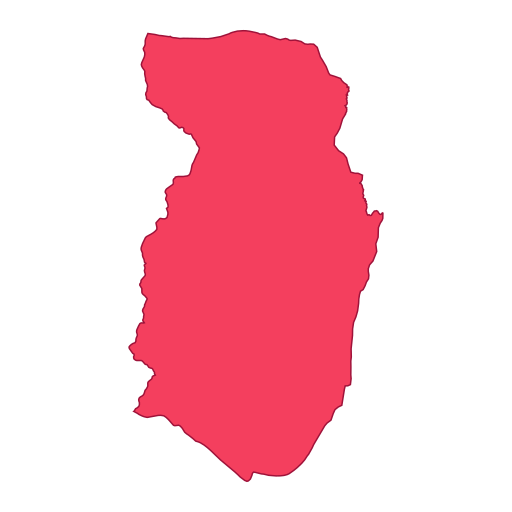 Phiang, Xaignabouri, Laos (Natural Earth projection)
{"feature_id": "54806243B59484994865641", "entity_name": "Phiang", "entity_type": "district", "adm_level": 2, "iso_a3": "LAO", "parent_name": "Laos", "parent_adm1": "Xaignabouri", "projection": "natural_earth1", "projection_center": [101.454, 18.877], "detail": "fine", "context": "isolated", "style": "filled", "palette": "rose", "viewbox_px": 512, "rotation_deg": 0, "n_neighbors": 0, "source": "geoboundaries", "source_scale": "gbopen_adm2", "svg_char_len": 6030}
<svg xmlns="http://www.w3.org/2000/svg" viewBox="0 0 512 512"><path d="M382.9,213.1L382.5,212.9L382.1,213.1L381.8,213.7L380.9,214.4L379.9,214.3L378.8,213.2L377.7,211.3L376.6,210.7L376.3,210.9L374.6,211.0L374.2,211.2L373.6,212.1L372.5,213.3L371.4,215.3L370.5,215.5L369.9,215.4L369.1,214.7L368.6,214.8L367.9,215.2L367.7,215.1L366.9,213.7L366.3,211.4L365.9,210.8L366.9,207.4L366.8,206.7L366.5,205.1L366.8,204.4L366.7,204.0L366.1,203.4L365.9,202.7L365.9,201.9L366.2,201.5L366.1,201.2L365.8,201.0L365.1,201.0L364.8,200.8L365.3,199.8L365.3,199.2L365.0,198.8L363.8,198.4L363.3,198.0L363.2,197.6L363.2,196.9L363.7,195.5L363.5,194.9L363.1,194.4L363.0,193.8L362.8,193.4L363.3,191.2L363.2,190.4L363.6,189.9L363.1,189.1L362.3,186.9L362.3,186.0L362.0,185.3L360.8,183.4L359.8,183.3L359.8,182.8L360.5,182.3L361.0,181.7L362.0,180.0L362.2,179.3L362.4,175.9L362.5,175.2L358.1,173.3L355.1,173.3L350.8,172.2L348.0,163.8L346.5,157.8L343.5,153.9L338.6,150.7L334.2,145.1L334.6,136.9L337.2,133.2L339.8,128.3L342.6,118.9L345.7,113.8L345.5,113.3L346.6,111.5L346.6,110.3L346.8,109.8L346.6,108.6L346.7,107.7L345.8,107.5L345.9,106.7L345.0,105.7L346.3,105.0L346.9,104.2L347.2,103.0L347.2,102.6L346.9,101.9L347.0,100.6L346.5,99.4L346.7,98.9L346.4,98.7L346.6,98.1L347.0,97.8L346.7,96.8L346.4,95.0L347.5,95.1L347.1,93.2L347.6,92.8L348.1,91.6L349.0,91.1L349.0,90.8L348.6,89.9L348.6,89.3L348.8,88.3L348.8,87.1L348.4,87.0L347.2,87.4L347.0,87.1L347.4,86.6L347.5,86.2L347.0,85.7L346.9,84.8L343.8,82.7L341.7,80.5L340.6,78.5L334.8,76.4L330.0,74.9L328.7,73.1L326.2,66.7L322.8,60.8L320.4,57.0L317.2,47.3L313.7,44.2L310.2,44.0L307.8,44.3L304.8,43.9L301.1,41.5L295.2,40.1L290.8,40.4L289.4,40.2L287.7,39.1L285.5,38.5L280.3,39.7L277.7,39.1L271.4,36.7L269.1,36.1L267.1,35.3L264.6,34.0L259.7,34.0L257.9,33.1L255.6,32.5L249.3,31.2L246.2,30.8L243.2,30.7L237.4,31.1L232.6,32.3L230.8,32.9L229.1,33.8L220.7,36.6L212.1,38.2L208.0,38.7L183.6,38.3L179.9,38.5L176.0,37.9L173.4,37.7L171.4,37.2L170.3,36.4L169.0,36.7L161.2,35.6L159.3,35.5L155.0,34.5L147.9,33.5L145.6,38.9L145.2,40.8L145.2,44.2L144.6,46.1L143.3,48.4L143.5,49.8L144.7,52.3L144.8,54.6L144.3,57.0L141.8,62.6L141.3,64.6L141.7,66.1L142.6,67.9L144.3,70.2L144.8,71.4L144.7,73.7L145.1,76.2L145.6,78.3L145.6,80.5L147.3,84.4L147.6,86.4L147.2,88.0L146.9,91.1L145.9,92.9L145.7,94.6L146.4,96.7L146.5,98.6L147.1,99.6L148.8,100.2L150.4,102.5L152.2,104.6L155.8,106.6L159.8,107.9L162.2,109.0L163.0,110.1L163.2,110.9L164.7,112.1L166.3,112.6L167.8,114.7L168.5,116.3L168.3,117.2L168.4,118.2L169.6,119.8L172.1,121.8L174.2,123.8L177.1,125.9L178.8,127.8L179.8,128.0L181.5,127.3L183.0,127.6L183.9,128.6L183.8,130.4L184.1,131.4L185.9,133.0L189.2,134.2L190.6,133.9L191.4,134.3L193.0,137.8L196.1,141.6L196.6,144.0L199.4,147.9L199.1,149.6L198.1,152.7L196.7,154.9L193.6,162.2L192.5,164.0L192.0,165.4L191.1,170.3L190.0,173.7L189.1,175.0L187.5,175.9L183.2,176.5L178.1,176.5L176.4,176.8L175.3,177.1L174.8,178.2L173.8,178.9L173.4,179.6L173.2,180.6L173.4,182.5L173.2,183.7L172.9,184.4L168.6,187.4L166.6,188.9L166.0,189.6L165.3,191.1L165.2,192.0L165.3,192.5L166.5,194.4L166.7,195.3L166.5,196.5L165.9,197.9L165.7,198.9L165.8,199.8L167.0,201.6L168.0,204.9L168.1,206.6L167.9,207.3L166.5,208.4L167.9,212.3L167.9,214.2L167.0,217.5L165.5,218.6L164.3,218.9L162.6,218.8L160.5,218.4L159.8,218.6L156.1,222.7L156.0,223.1L156.9,227.5L156.8,229.4L155.3,231.1L153.5,232.6L151.0,234.2L146.5,236.6L145.4,237.7L142.6,243.5L141.3,247.2L141.1,248.5L141.2,249.9L142.5,253.1L142.5,255.2L142.9,256.9L144.1,259.6L144.5,262.1L144.8,262.6L145.7,263.1L145.9,263.5L144.3,265.0L144.3,265.7L144.9,267.1L145.0,268.2L144.4,270.4L144.6,271.9L145.2,273.7L145.3,275.0L145.1,275.6L141.6,279.6L141.1,280.4L140.8,282.6L139.8,284.1L139.8,285.2L141.8,288.5L141.9,292.4L142.3,293.5L143.2,294.5L144.9,295.9L146.7,298.0L147.1,298.6L147.1,299.2L146.0,301.4L145.2,303.6L144.6,304.7L144.5,306.5L143.0,309.0L142.6,310.3L142.6,311.1L143.8,313.9L144.0,314.7L143.6,316.5L143.6,317.6L143.4,318.6L143.0,319.4L142.8,320.0L142.9,320.8L144.3,322.8L143.7,323.0L141.4,322.9L140.7,323.1L139.9,323.6L138.6,325.9L136.9,329.7L136.6,330.9L136.6,332.1L137.3,334.4L137.3,335.7L136.2,338.2L135.9,339.8L135.9,341.1L135.1,342.7L132.9,343.5L131.3,344.5L129.8,345.9L129.1,346.9L129.1,347.8L129.5,348.8L132.7,353.3L134.0,354.1L134.2,355.3L133.6,356.7L133.7,358.1L134.2,359.2L135.7,360.2L136.7,360.5L141.2,360.5L142.4,361.1L145.1,364.2L145.9,364.5L146.9,364.6L147.7,365.6L148.8,367.3L150.4,368.0L152.0,368.4L152.7,369.1L153.5,370.9L154.1,371.6L154.5,372.4L154.5,373.7L155.3,375.1L153.0,376.0L152.2,376.9L152.0,378.4L151.4,379.2L148.7,381.4L148.1,382.1L147.8,383.0L147.8,385.9L147.5,386.9L146.2,389.1L145.1,390.3L144.1,393.6L143.3,395.0L141.9,396.1L140.4,396.9L139.3,397.9L138.8,399.1L138.7,399.9L138.9,401.1L139.4,402.6L139.4,404.4L139.2,405.6L138.5,406.7L136.8,408.1L135.6,408.7L134.1,411.2L133.8,411.4L137.5,413.4L138.9,414.4L142.0,415.9L144.1,416.7L147.2,417.4L158.2,415.4L160.7,415.3L163.8,415.8L166.2,417.4L168.5,419.6L173.5,425.3L174.9,425.7L178.7,425.2L180.3,426.1L182.3,428.3L184.7,432.2L186.7,433.9L188.4,435.0L193.1,438.7L195.7,441.1L198.4,441.9L200.3,442.7L204.2,445.1L207.3,447.5L210.5,450.3L220.6,460.0L234.6,471.7L237.9,474.7L240.2,477.0L244.7,480.4L246.9,481.3L248.4,480.9L250.4,479.0L251.9,475.4L252.4,473.4L253.5,472.1L255.1,472.3L261.4,473.9L263.6,474.1L268.7,475.3L276.1,475.9L280.5,475.8L284.1,475.4L287.1,474.6L289.1,473.7L293.9,470.3L297.3,467.5L301.7,463.3L304.7,459.8L307.3,455.8L308.5,454.4L312.2,447.8L313.6,444.7L314.7,442.8L324.8,425.7L327.1,423.0L331.0,420.1L333.2,413.6L335.0,409.6L338.4,406.9L341.8,405.3L344.4,389.2L345.2,385.9L347.8,385.8L350.4,384.6L351.1,378.6L350.8,374.8L350.9,367.0L350.8,361.1L351.3,356.9L351.1,348.9L352.5,335.4L352.6,328.9L353.6,322.3L355.9,316.9L357.6,310.9L358.6,303.4L358.8,299.0L359.5,294.5L360.5,291.2L363.1,289.6L365.1,285.7L366.4,282.1L368.5,278.8L368.9,275.2L368.3,271.4L368.3,268.7L369.6,264.8L372.9,261.1L376.7,251.5L375.8,243.8L378.1,237.2L378.4,227.7L380.2,223.2L382.0,220.5L382.8,218.4L382.9,213.1Z" fill="#f43f5e" stroke="#9f1239" stroke-width="1.5"/></svg>